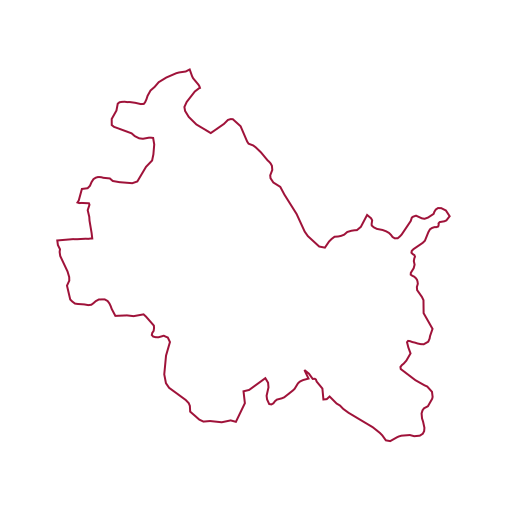 outline of Santarém, rotated 280°
{"feature_id": "PRT-748", "entity_name": "Santarém", "entity_type": "District", "adm_level": 1, "iso_a3": "PRT", "parent_name": "Portugal", "parent_adm1": "", "projection": "natural_earth1", "projection_center": [-8.43, 39.286], "detail": "fine", "context": "isolated", "style": "outline", "palette": "rose", "viewbox_px": 512, "rotation_deg": 280, "n_neighbors": 0, "source": "natural_earth", "source_scale": "10m", "svg_char_len": 3945}
<svg xmlns="http://www.w3.org/2000/svg" viewBox="0 0 512 512"><g transform="rotate(280 256 256)"><path d="M144.8,333.2L149.3,328.6L152.1,323.5L144.4,329.0L142.1,324.1L140.9,322.3L139.7,320.8L137.8,319.4L131.9,317.1L130.0,315.7L121.7,308.3L120.3,306.1L118.2,301.5L116.3,299.9L113.9,298.7L112.5,296.9L112.5,294.7L116.7,291.8L120.2,290.7L128.8,291.1L133.3,289.9L137.3,286.4L122.9,272.5L120.6,267.2L109.1,270.6L89.2,265.0L89.7,259.6L86.3,251.1L85.5,239.4L83.8,233.0L85.0,228.6L91.3,218.2L96.9,216.9L99.4,215.3L102.0,211.8L111.1,193.3L115.1,189.4L123.5,186.2L142.3,184.7L156.3,186.2L160.4,183.3L161.0,180.6L161.4,179.4L161.4,178.8L160.9,177.9L159.0,174.0L158.6,171.2L158.8,168.7L160.1,167.1L162.3,167.2L164.5,168.2L167.4,168.1L169.7,167.5L177.2,158.2L179.0,155.4L175.5,145.9L175.1,139.2L172.6,127.9L178.8,123.1L181.4,121.6L183.8,119.9L185.9,117.7L187.0,114.5L185.9,108.8L183.7,106.0L181.3,104.1L179.4,102.3L178.5,99.4L178.5,95.2L177.8,88.8L177.7,86.0L179.3,82.9L180.9,80.6L194.0,75.0L199.3,76.4L202.8,75.7L208.0,73.1L222.0,63.2L225.9,61.9L228.6,61.8L232.4,59.0L236.8,57.6L240.8,72.7L241.4,76.6L243.4,85.1L243.8,88.0L244.5,90.1L244.8,91.7L250.1,90.1L261.9,85.9L265.6,85.0L271.9,82.3L277.5,83.1L278.9,82.3L278.0,75.2L277.4,72.7L277.7,70.9L279.9,71.8L291.8,72.9L293.5,78.4L296.3,80.3L300.2,81.2L303.5,82.6L305.3,84.6L306.3,86.6L306.6,88.3L306.7,90.3L306.5,92.0L307.0,98.6L305.0,101.9L305.0,108.7L306.2,121.5L308.8,126.2L324.7,132.2L332.0,137.1L338.2,137.3L348.2,136.4L354.4,134.2L354.3,132.2L353.9,129.9L351.8,124.3L351.6,120.5L353.0,115.8L355.2,112.2L358.5,93.8L359.9,91.2L365.9,90.1L375.0,93.3L382.0,93.4L383.7,94.9L384.5,97.2L385.1,99.8L385.2,102.5L385.7,105.1L385.9,110.5L385.6,116.1L386.3,119.1L388.2,120.1L391.3,120.9L394.9,121.4L400.7,123.4L404.9,126.8L410.3,130.0L416.2,136.7L422.2,145.8L423.4,148.4L425.5,154.8L428.2,158.3L422.0,161.8L420.1,163.2L414.6,169.7L413.3,170.8L411.8,171.6L411.4,170.9L407.4,167.2L395.7,161.0L390.3,159.6L386.5,161.0L381.3,165.6L375.2,174.4L369.2,190.1L380.5,201.5L385.1,204.7L386.4,207.2L386.7,209.4L381.1,218.3L367.2,227.4L365.3,229.2L364.4,234.0L363.0,236.8L358.9,242.9L352.2,250.8L351.0,252.7L349.7,254.3L347.6,256.0L343.6,257.1L337.9,256.0L335.1,256.8L331.4,260.3L328.3,267.9L321.4,273.3L304.4,288.7L288.5,299.7L284.6,303.6L276.3,316.6L276.2,322.4L282.9,325.4L285.9,327.5L288.6,330.0L289.5,333.6L290.6,336.3L292.3,339.1L295.5,341.7L297.4,345.5L298.4,348.4L299.0,350.9L302.9,354.2L315.7,358.3L313.1,362.8L311.3,364.2L307.5,364.3L306.1,364.7L304.7,367.0L303.7,370.3L303.6,376.1L302.9,379.9L301.8,383.0L300.2,385.3L298.4,387.2L297.5,389.6L298.1,392.5L300.4,394.4L302.4,395.7L317.3,402.3L320.9,402.8L322.0,403.9L323.5,406.6L321.9,412.8L321.9,415.5L323.7,418.7L328.3,423.6L330.6,424.0L333.0,425.0L334.8,426.9L335.3,430.1L333.8,435.1L328.8,439.8L324.1,437.3L322.9,435.5L321.3,431.0L319.8,430.1L318.4,430.5L316.7,430.3L315.8,428.8L315.4,426.7L314.2,424.5L312.5,422.7L309.4,421.6L300.4,419.7L297.9,417.9L290.1,409.9L288.1,408.5L286.2,408.5L285.0,410.2L284.4,411.8L282.9,412.7L281.2,412.3L278.4,412.3L275.0,413.7L271.3,413.4L266.3,411.4L264.5,411.6L263.7,413.3L263.1,415.4L261.9,417.3L260.5,418.7L258.9,419.5L256.7,420.2L253.4,419.8L250.4,420.6L244.5,426.5L241.6,428.6L228.8,431.0L214.9,442.5L207.4,441.3L204.8,441.3L201.5,440.5L198.2,436.5L197.8,433.5L197.9,430.3L198.3,427.6L198.4,424.9L198.9,422.3L198.8,420.5L197.3,419.7L192.4,421.9L186.9,425.1L179.0,422.2L175.6,420.1L173.9,418.6L171.8,417.5L169.8,418.2L161.4,434.5L157.9,444.4L157.2,447.3L152.8,452.9L147.9,454.4L146.0,454.3L137.9,451.4L135.2,447.9L133.0,446.8L129.7,446.4L124.9,447.7L121.9,449.3L116.0,451.7L112.7,452.0L109.9,451.1L107.5,448.5L106.0,443.1L106.4,438.6L104.3,430.4L103.1,428.0L102.0,426.4L97.0,420.3L97.0,415.9L101.3,411.5L103.3,408.7L107.6,400.8L117.6,374.5L120.6,368.4L123.3,364.7L124.7,361.0L130.4,352.9L127.3,350.5L126.4,347.3L137.0,344.4L142.9,337.5L144.7,336.5L145.3,335.2L144.8,333.2Z" fill="none" stroke="#9f1239" stroke-width="2"/></g></svg>